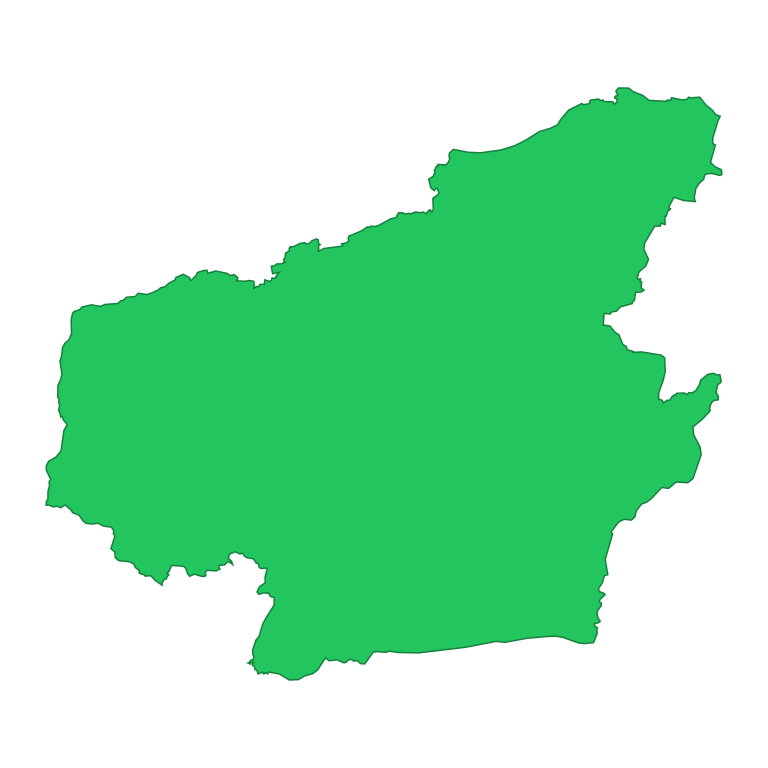 Magetan, Jawa Timur, Indonesia (Mercator projection)
{"feature_id": "22746128B43524249433579", "entity_name": "Magetan", "entity_type": "district", "adm_level": 2, "iso_a3": "IDN", "parent_name": "Indonesia", "parent_adm1": "Jawa Timur", "projection": "mercator", "projection_center": [111.326, -7.653], "detail": "fine", "context": "isolated", "style": "filled", "palette": "green", "viewbox_px": 768, "rotation_deg": 0, "n_neighbors": 0, "source": "geoboundaries", "source_scale": "gbopen_adm2", "svg_char_len": 6062}
<svg xmlns="http://www.w3.org/2000/svg" viewBox="0 0 768 768"><path d="M46.1,505.2L48.9,505.1L53.5,507.0L56.9,506.1L60.0,507.6L61.7,507.3L63.7,505.4L65.4,505.3L71.2,510.1L72.6,512.7L78.9,515.0L83.1,521.0L86.0,523.4L93.0,524.0L97.9,523.2L103.8,526.2L111.4,527.1L114.0,531.1L113.2,533.2L114.9,536.2L110.9,548.6L114.8,552.0L115.3,557.7L118.7,560.6L129.3,561.7L133.9,564.1L135.3,567.5L139.1,570.3L139.3,573.3L144.5,575.0L145.1,576.1L150.7,575.7L155.4,580.6L162.1,585.2L161.8,582.8L163.1,581.8L163.3,580.1L166.6,578.6L166.9,576.8L168.9,574.9L166.9,573.2L169.0,571.6L171.0,566.5L172.3,565.4L183.4,566.3L185.9,568.4L187.3,573.3L189.6,576.3L194.4,574.1L201.0,576.2L204.9,576.3L205.9,575.5L205.3,572.8L206.6,570.4L216.4,570.8L220.0,569.0L218.4,566.4L219.0,565.5L224.8,564.8L227.6,561.8L229.8,562.3L232.6,564.5L231.6,561.3L228.5,558.4L228.7,555.8L230.5,553.6L235.4,551.8L240.1,554.1L241.7,553.2L243.3,553.7L244.3,556.1L247.6,557.9L253.3,558.7L256.4,563.3L258.3,563.4L259.0,566.9L260.5,568.4L267.2,568.2L265.1,577.1L265.1,582.9L259.5,586.7L257.0,591.9L258.9,594.3L263.5,592.9L268.9,593.3L270.3,596.5L274.2,597.6L274.2,604.9L266.1,617.7L262.6,624.4L259.1,636.4L256.0,640.0L252.8,649.4L252.5,653.3L253.9,656.6L253.3,659.4L250.4,660.4L249.2,662.7L248.0,663.0L250.1,664.0L251.4,662.5L253.6,662.0L252.2,664.9L254.3,666.4L255.0,669.6L256.9,670.2L258.0,673.9L262.8,672.3L263.9,674.1L265.2,672.9L267.8,673.8L268.5,672.0L279.4,674.0L289.3,680.0L298.4,679.6L304.7,675.9L312.5,673.8L317.7,669.9L325.4,657.9L329.1,660.8L337.0,659.8L344.0,662.9L346.9,661.8L348.2,659.9L350.5,659.6L352.3,659.8L353.2,661.0L357.6,660.9L360.4,663.6L364.8,663.9L373.1,652.3L376.6,651.6L386.1,652.3L389.0,651.2L398.6,652.5L418.5,652.9L465.3,647.3L496.0,641.4L505.0,642.3L527.6,638.2L548.7,636.4L556.0,636.2L563.3,637.5L578.8,643.0L584.5,643.6L593.5,642.6L597.2,633.4L596.8,629.3L597.5,627.8L595.0,626.3L594.4,623.5L598.3,622.8L600.2,621.4L597.7,617.3L597.1,613.8L597.6,610.7L601.3,605.6L601.4,603.1L599.2,601.6L600.0,599.4L605.1,594.6L603.7,593.1L599.4,591.6L598.4,588.8L602.3,582.9L604.4,575.7L607.8,574.7L605.2,559.4L612.6,533.9L611.5,533.4L611.4,531.6L617.8,523.0L620.7,520.9L624.2,519.3L631.4,520.1L634.9,516.8L636.3,510.9L641.5,504.1L646.6,502.2L652.1,497.9L661.7,487.5L668.6,488.4L676.1,482.0L687.8,482.7L693.0,478.5L701.2,454.7L700.0,446.8L693.7,435.0L693.0,426.8L701.7,419.8L709.3,411.9L710.3,409.8L709.4,409.2L710.4,405.3L712.2,401.8L713.8,400.5L718.3,399.8L718.3,396.2L716.1,392.6L717.7,384.7L720.6,382.7L721.2,381.3L719.8,374.6L717.0,375.1L713.8,373.3L707.8,374.3L700.6,380.3L699.6,384.3L695.9,390.6L691.7,393.1L688.9,392.6L686.8,394.6L684.4,393.0L676.5,393.3L675.8,395.1L674.3,394.9L671.7,397.0L670.0,400.0L667.1,400.3L663.3,403.1L662.4,400.5L658.5,398.8L658.8,392.4L663.1,380.6L665.2,371.7L664.7,357.9L661.2,355.1L641.3,351.9L633.2,352.4L633.5,351.5L627.1,349.7L626.3,346.6L622.8,344.4L618.8,334.7L615.2,332.5L610.0,326.0L603.3,325.0L604.0,313.5L610.2,314.0L611.5,312.0L616.5,311.1L620.3,306.9L632.2,303.6L632.5,301.8L634.4,300.4L635.6,292.3L641.0,292.0L644.0,290.2L641.1,287.7L641.6,281.8L640.0,280.9L640.5,278.8L637.6,279.2L637.3,277.9L639.1,271.7L645.8,266.0L648.5,259.3L643.8,249.3L644.7,243.1L654.7,226.1L660.2,226.1L661.1,223.2L665.1,224.5L664.9,216.3L666.3,216.1L668.1,210.3L669.5,210.2L670.5,208.6L668.9,207.8L669.3,206.0L674.0,197.3L683.7,200.5L695.3,201.6L694.2,197.7L695.9,188.3L699.4,183.1L703.6,179.4L704.8,174.8L707.6,173.7L711.9,173.5L720.1,175.5L721.9,174.4L721.4,169.8L714.9,166.6L710.5,162.4L715.4,144.9L712.7,143.7L712.8,137.9L718.1,120.5L720.2,116.3L715.6,114.5L712.3,110.1L705.9,105.0L699.8,97.2L690.1,97.9L688.9,97.1L686.8,99.3L682.7,100.0L671.4,97.7L671.2,100.0L667.3,100.1L666.4,101.3L649.2,100.4L642.7,95.4L633.2,91.7L628.7,88.1L618.4,88.0L615.9,91.2L617.9,95.6L615.4,96.1L614.5,97.8L617.2,99.2L616.9,102.1L614.6,104.0L612.8,101.8L604.4,101.6L602.8,99.9L601.2,100.8L598.4,99.0L590.2,100.2L589.4,103.7L583.3,104.7L581.8,103.5L568.7,110.1L560.6,119.6L557.4,124.8L550.3,128.3L539.3,131.6L526.1,140.0L514.5,145.8L500.9,150.0L480.7,152.8L468.2,152.3L453.4,149.4L449.6,152.8L449.0,156.0L449.7,159.1L448.2,162.6L445.8,164.9L437.9,164.4L437.9,166.3L436.4,166.3L434.3,170.8L435.3,173.0L433.6,174.6L433.7,176.0L428.7,179.2L430.8,187.8L434.4,190.7L435.7,188.6L437.1,188.2L438.7,192.4L438.4,194.3L432.9,198.3L433.2,209.6L432.5,211.2L431.3,212.0L430.5,209.8L428.8,210.4L425.8,213.9L423.4,212.0L421.0,212.7L415.3,211.9L414.3,213.0L413.4,212.5L410.9,214.0L409.4,213.3L404.1,214.1L403.0,212.8L398.5,212.8L396.0,217.6L390.8,218.8L378.3,225.6L374.0,226.6L371.2,225.9L369.9,227.3L367.6,226.8L361.4,230.9L349.0,236.1L348.2,238.4L348.8,241.0L346.3,242.8L341.5,243.9L343.0,245.2L342.5,246.1L323.9,248.5L319.1,251.2L318.2,250.8L318.9,250.1L318.4,245.9L320.2,244.6L318.6,243.7L318.2,239.8L316.4,239.0L312.0,240.7L309.8,243.1L306.2,244.2L304.8,242.7L300.3,243.3L292.7,247.1L290.4,246.6L289.2,248.2L289.5,250.7L285.6,253.2L284.9,258.1L283.7,259.2L284.0,262.0L284.9,262.5L280.8,263.9L276.9,263.9L274.8,265.5L271.3,266.2L272.6,273.7L279.4,272.3L276.2,275.8L275.7,278.2L272.0,278.0L271.5,280.2L269.2,281.4L264.9,279.8L264.2,284.4L260.1,284.3L259.1,286.5L256.9,286.5L253.1,288.8L254.5,287.0L253.8,281.3L249.0,280.5L245.4,281.3L236.4,280.8L237.7,278.8L237.6,277.3L234.1,274.7L230.1,275.4L227.1,273.4L215.8,271.0L207.8,273.3L207.0,270.3L204.0,270.4L197.2,272.6L196.6,274.9L191.3,280.3L190.5,280.5L189.4,277.5L183.2,274.3L175.9,277.5L175.1,279.9L169.0,283.1L165.0,286.8L160.4,287.8L158.8,289.7L151.8,292.9L146.8,294.5L138.1,293.3L135.4,296.5L126.3,297.3L123.2,300.4L120.6,300.8L117.8,303.5L105.2,304.4L100.4,306.4L91.5,304.8L81.9,307.0L80.0,309.5L74.0,311.6L72.6,313.3L71.2,319.7L71.5,333.7L68.9,339.9L65.2,342.9L62.5,347.5L61.7,355.3L60.0,361.2L62.0,374.0L60.5,380.1L58.0,385.3L57.7,397.2L59.2,399.4L58.6,402.3L59.6,404.5L58.6,410.6L59.9,412.6L60.7,416.9L61.5,416.1L62.3,416.7L63.2,419.6L67.2,424.6L63.9,430.5L61.0,451.0L56.1,457.0L48.7,461.2L46.3,465.8L46.3,470.0L50.7,479.6L49.1,481.8L49.5,485.9L48.0,491.3L47.9,499.4L46.4,501.2L46.1,505.2Z" fill="#22c55e" stroke="#15803d" stroke-width="1.5"/></svg>